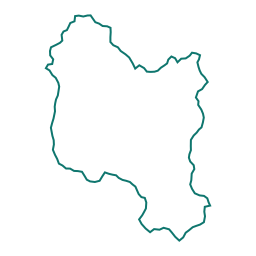 Contagem, Minas Gerais, Brazil
{"feature_id": "56859067B35931287026630", "entity_name": "Contagem", "entity_type": "district", "adm_level": 2, "iso_a3": "BRA", "parent_name": "Brazil", "parent_adm1": "Minas Gerais", "projection": "robinson", "projection_center": [-44.079, -19.891], "detail": "fine", "context": "isolated", "style": "outline", "palette": "teal", "viewbox_px": 256, "rotation_deg": 0, "n_neighbors": 0, "source": "geoboundaries", "source_scale": "gbopen_adm2", "svg_char_len": 2011}
<svg xmlns="http://www.w3.org/2000/svg" viewBox="0 0 256 256"><path d="M200.0,55.2L196.2,53.4L192.0,52.7L189.7,55.7L185.7,58.4L181.2,58.7L177.5,62.3L175.1,58.2L171.4,56.5L168.3,59.6L167.1,63.4L164.4,65.4L160.9,67.7L157.8,70.7L154.5,71.7L150.3,71.9L146.8,71.6L144.1,68.1L139.3,65.3L135.2,68.6L132.7,63.4L129.2,57.5L125.5,54.3L120.7,51.0L117.9,47.3L113.3,45.2L110.4,42.0L110.4,37.2L110.7,32.2L110.5,27.8L107.2,26.3L102.6,26.0L99.1,23.6L95.3,22.2L92.6,18.3L90.6,15.4L87.5,15.5L83.3,16.5L78.8,15.6L75.1,16.1L74.5,21.3L70.3,23.0L68.5,26.9L66.9,30.1L63.5,31.5L61.6,34.8L62.3,40.6L60.0,42.8L56.2,44.8L51.0,47.3L50.0,51.0L50.2,55.4L53.2,59.3L52.2,64.0L48.0,64.6L45.9,68.2L49.5,70.4L52.4,75.1L55.7,77.8L58.3,82.8L59.2,86.6L58.5,91.1L57.8,95.5L56.0,99.5L55.2,103.3L54.7,106.7L55.0,111.3L53.5,118.6L52.1,123.2L50.9,127.8L52.4,135.8L53.7,140.2L53.9,144.5L52.9,149.8L55.0,154.8L57.2,159.0L58.9,163.6L62.5,165.5L66.0,168.5L70.1,168.6L74.0,170.9L78.0,171.1L82.0,171.8L84.3,175.5L86.8,179.7L90.1,181.4L94.9,182.0L99.6,180.8L102.4,176.2L104.9,172.4L108.9,173.8L112.6,174.7L116.1,175.3L118.7,177.9L122.5,179.9L126.2,180.8L129.9,182.0L132.5,184.4L135.4,186.6L137.0,190.3L138.7,194.1L141.4,197.1L144.8,197.9L146.3,202.5L145.9,208.5L144.0,212.1L142.2,215.3L139.1,219.4L141.6,224.0L145.6,228.5L150.1,232.2L154.1,229.1L159.5,229.7L163.6,227.8L169.1,229.3L171.9,232.6L175.2,236.8L179.3,240.6L183.2,237.4L185.7,232.7L188.7,230.5L192.7,227.2L196.2,225.9L200.0,224.6L203.9,222.2L205.0,216.3L204.3,211.7L204.8,206.8L210.1,205.6L208.6,202.3L207.3,198.3L204.0,195.9L199.6,195.4L194.8,193.3L192.0,188.8L190.2,184.4L191.3,180.3L191.7,173.6L194.3,169.1L193.7,165.2L190.2,161.5L188.9,157.7L189.4,154.3L190.9,150.2L190.8,146.2L190.9,139.9L193.7,135.5L196.7,132.6L199.0,129.5L201.5,127.4L202.9,122.4L203.8,117.6L203.0,113.7L201.3,109.6L198.2,104.9L198.5,101.2L195.9,97.5L198.0,91.4L202.1,89.1L205.0,84.9L207.7,82.0L204.6,77.2L201.3,73.8L199.7,70.5L198.5,66.9L197.4,62.3L199.0,59.3L200.0,55.2Z" fill="none" stroke="#0f766e" stroke-width="2"/></svg>